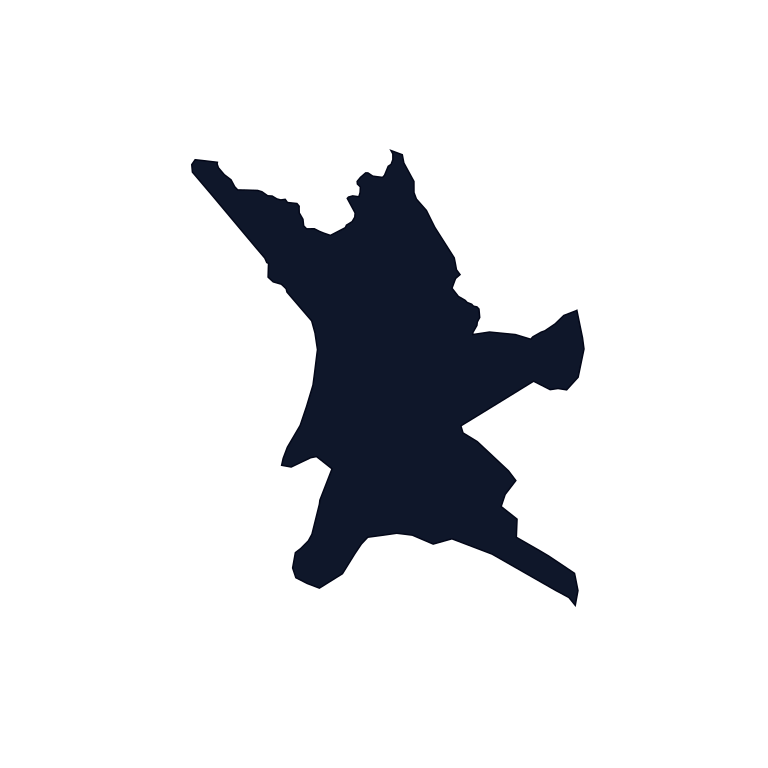 Kisangani, Orientale, Democratic Republic of the Congo (Albers equal-area conic projection), rotated 297°
{"feature_id": "63176286B93910554563220", "entity_name": "Kisangani", "entity_type": "district", "adm_level": 2, "iso_a3": "COD", "parent_name": "Democratic Republic of the Congo", "parent_adm1": "Orientale", "projection": "albers", "projection_center": [25.29, 0.544], "detail": "fine", "context": "isolated", "style": "filled", "palette": "ink", "viewbox_px": 768, "rotation_deg": 297, "n_neighbors": 0, "source": "geoboundaries", "source_scale": "gbopen_adm2", "svg_char_len": 2727}
<svg xmlns="http://www.w3.org/2000/svg" viewBox="0 0 768 768"><g transform="rotate(297 384 384)"><path d="M492.2,113.1L485.8,117.1L473.7,146.1L455.9,187.9L447.4,207.9L442.1,220.6L439.0,224.4L439.0,224.9L439.0,226.4L435.9,227.8L426.6,232.2L426.4,232.8L424.7,238.9L426.0,245.7L426.3,247.2L425.5,250.1L424.4,253.6L422.2,255.5L421.8,255.9L407.4,290.9L398.2,299.3L384.3,309.2L381.9,310.0L365.4,316.0L362.1,317.2L350.8,321.2L328.8,325.2L310.5,327.9L309.0,328.1L283.8,326.6L272.0,327.9L265.1,329.7L267.9,339.0L285.0,352.1L288.7,356.8L286.6,367.4L284.8,376.2L251.4,379.6L247.6,381.0L217.4,388.0L209.9,387.8L199.6,384.5L193.5,381.6L178.6,386.1L171.4,393.4L171.4,406.2L172.8,419.1L196.1,433.1L219.7,435.1L231.2,436.5L240.1,439.1L248.8,451.7L256.8,463.1L259.6,470.7L262.2,477.9L263.7,500.5L276.9,514.8L281.5,557.5L278.0,631.2L277.7,645.7L273.6,654.9L288.0,650.6L298.7,642.2L301.8,639.7L305.5,608.8L306.2,597.9L306.7,587.4L307.5,571.5L324.0,563.9L328.0,544.0L340.6,542.1L357.8,545.3L363.1,534.4L375.0,493.3L376.3,476.6L381.6,471.5L410.8,489.4L417.0,493.2L454.4,516.0L454.4,534.6L459.0,541.1L461.7,549.4L478.2,553.9L506.0,546.3L515.3,539.9L529.3,528.7L537.2,522.4L536.6,522.0L526.7,513.1L515.3,509.2L514.2,508.6L504.3,503.1L501.6,500.5L493.6,495.2L490.5,494.4L487.7,478.6L478.2,454.4L468.4,440.7L469.8,440.0L470.2,439.8L478.4,440.2L480.2,439.5L481.6,439.0L482.5,439.0L483.4,439.0L483.7,439.0L486.4,439.1L486.7,439.1L493.9,434.6L494.9,431.8L494.1,428.9L494.0,428.4L494.3,427.4L494.9,425.9L494.6,422.9L494.4,421.1L495.4,418.3L495.5,416.8L495.8,410.5L500.2,401.1L508.4,400.1L510.5,399.9L511.1,400.1L516.0,402.1L516.3,401.5L518.7,396.7L523.2,393.3L528.3,389.3L546.7,358.1L557.9,343.0L563.5,328.9L568.2,323.8L578.1,318.7L581.3,314.0L590.0,301.3L596.6,296.2L595.2,284.2L593.6,286.6L593.0,287.4L591.1,288.4L588.0,290.0L582.9,290.6L579.9,288.9L570.2,289.7L567.4,288.9L566.9,287.4L565.8,284.4L564.4,280.4L564.1,279.8L564.8,273.9L563.8,271.8L558.6,269.7L557.5,269.2L556.9,269.1L552.3,268.1L550.1,269.5L549.8,270.5L548.9,273.4L546.8,274.4L543.9,275.7L542.0,276.1L539.4,276.5L537.4,270.7L535.0,268.1L534.5,267.5L532.7,267.0L523.3,280.6L519.4,282.2L516.0,282.0L514.2,281.9L513.4,281.4L510.7,279.8L508.5,278.4L507.2,278.5L505.7,278.5L503.7,277.1L492.1,268.8L491.1,261.9L490.7,257.2L490.7,251.4L487.1,244.6L488.5,240.6L494.0,237.0L498.0,230.8L502.0,228.6L503.9,227.7L505.3,224.5L501.9,215.6L503.7,212.1L501.1,208.4L501.0,207.8L500.3,204.5L500.7,199.0L498.9,194.9L499.9,187.9L499.7,186.9L499.1,183.5L497.4,179.9L496.2,177.4L494.2,173.1L490.5,165.5L490.9,164.5L492.0,161.4L493.5,159.3L496.5,155.0L497.7,148.4L498.0,146.7L501.5,138.3L504.3,135.4L505.9,134.9L501.0,121.6L498.1,113.9L492.2,113.1Z" fill="#0f172a" stroke="#020617" stroke-width="1.5"/></g></svg>